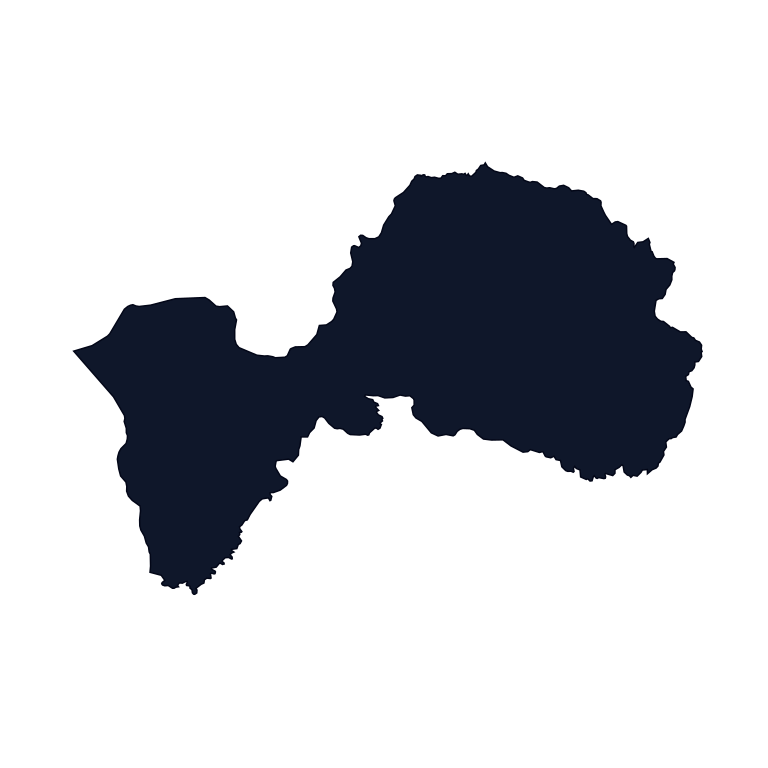 outline of Same, Manufahi, East Timor, rotated 97°
{"feature_id": "22284137B41872156490215", "entity_name": "Same", "entity_type": "district", "adm_level": 2, "iso_a3": "TLS", "parent_name": "East Timor", "parent_adm1": "Manufahi", "projection": "mercator", "projection_center": [125.715, -9.045], "detail": "fine", "context": "isolated", "style": "filled", "palette": "ink", "viewbox_px": 768, "rotation_deg": 97, "n_neighbors": 0, "source": "geoboundaries", "source_scale": "gbopen_adm2", "svg_char_len": 6131}
<svg xmlns="http://www.w3.org/2000/svg" viewBox="0 0 768 768"><g transform="rotate(97 384 384)"><path d="M425.8,307.4L422.1,305.6L419.7,303.1L418.5,300.4L417.9,293.4L418.9,288.7L422.7,285.2L426.5,278.6L426.5,270.3L424.9,259.1L430.0,250.4L434.7,237.7L433.6,233.0L431.3,230.8L433.0,221.4L431.9,218.6L432.2,217.7L435.8,215.3L436.5,214.2L436.9,209.5L435.0,206.5L438.1,204.0L438.4,199.5L444.5,197.4L447.8,193.1L448.3,191.1L447.8,187.7L448.5,185.4L447.7,184.7L444.6,185.7L442.5,184.6L444.4,182.9L445.4,179.0L452.3,177.5L454.1,171.6L453.4,170.6L453.6,169.7L455.2,167.7L454.7,165.7L450.7,165.0L449.4,164.2L451.5,162.0L451.7,160.9L450.7,159.4L451.1,154.2L450.6,152.9L449.2,152.7L446.7,153.7L445.8,153.3L447.0,145.8L444.5,143.9L440.9,144.3L438.2,140.6L435.3,138.2L435.8,136.8L442.1,134.9L444.7,131.4L445.1,129.2L446.6,127.6L444.3,125.7L444.6,121.5L440.3,118.1L437.9,117.1L436.8,112.2L441.0,111.6L436.4,107.4L434.3,103.7L432.1,102.1L429.1,102.0L427.9,100.6L420.3,97.5L416.9,98.4L412.2,96.0L407.5,97.2L406.6,96.8L403.5,94.3L403.2,92.3L402.0,91.0L401.0,87.6L398.4,86.5L394.4,82.9L389.0,81.3L385.2,80.5L382.5,80.9L369.1,77.8L358.9,76.6L351.2,76.6L349.6,79.0L344.3,82.2L343.8,84.5L339.7,85.5L337.5,83.0L334.7,82.8L333.3,80.1L330.1,78.2L327.2,77.8L324.3,78.2L323.3,74.6L318.0,72.0L313.8,73.1L313.1,72.2L310.7,73.4L306.8,73.5L303.9,76.0L302.7,80.2L300.5,82.1L300.2,84.2L295.4,90.6L296.2,96.2L292.6,104.6L293.3,106.7L292.0,107.5L287.9,114.2L288.0,116.9L286.2,120.5L283.6,123.2L278.8,124.6L267.9,124.2L265.9,121.6L265.2,118.2L260.8,115.9L255.8,115.6L250.9,112.4L245.5,111.0L241.8,111.5L238.2,111.1L236.3,109.5L234.9,109.2L232.8,109.3L229.8,111.5L227.9,111.0L225.0,118.3L226.5,128.4L226.2,129.8L224.2,131.7L220.0,134.0L219.8,135.1L213.0,137.7L211.1,137.3L207.3,139.4L211.3,144.2L212.6,149.4L218.0,152.2L217.4,152.8L214.1,153.0L212.5,153.8L211.2,157.0L207.9,160.3L205.1,161.4L197.8,162.5L197.0,163.3L194.3,171.7L195.0,174.3L197.8,177.6L189.6,184.8L186.3,187.0L180.7,190.4L177.1,190.7L175.8,191.4L174.1,195.2L174.5,199.2L171.4,204.4L171.1,206.0L169.5,206.9L168.3,209.2L168.0,214.8L169.5,221.4L166.7,224.6L164.9,229.9L166.2,234.1L168.9,236.7L169.5,238.8L169.0,243.5L169.7,246.3L169.5,248.8L164.9,256.6L165.0,261.4L166.0,263.3L165.9,264.8L164.8,269.7L162.6,271.6L161.1,276.6L163.0,280.2L161.6,285.5L160.0,288.5L159.7,292.4L160.1,294.5L159.2,300.6L155.7,307.7L152.2,310.4L154.3,311.3L155.3,314.6L159.2,316.6L160.8,318.3L162.7,318.6L167.2,322.4L167.1,324.5L165.1,326.0L166.3,326.6L167.0,327.7L165.1,329.2L166.2,330.6L165.9,332.3L166.8,336.3L165.2,339.5L166.9,342.3L167.6,346.8L169.8,348.3L170.1,351.1L172.8,352.6L173.2,354.9L172.6,359.0L173.4,362.2L172.7,365.6L173.3,367.2L173.0,368.3L171.5,369.1L171.6,370.7L173.5,372.4L173.1,373.1L172.4,373.0L172.4,376.4L174.3,378.5L176.8,379.1L179.4,381.2L183.6,382.5L191.5,388.0L197.7,395.4L199.2,396.3L200.9,396.5L205.7,394.5L214.3,397.3L217.4,399.6L226.3,403.7L234.2,405.0L238.6,407.1L240.9,410.8L241.6,416.7L241.0,419.6L239.1,423.2L239.2,425.3L240.9,426.9L247.0,423.5L249.7,423.9L251.6,425.7L250.3,430.0L250.5,431.1L252.1,432.8L258.0,433.0L266.4,429.9L271.0,430.1L273.4,431.8L275.5,435.6L283.0,440.6L289.3,446.8L292.3,446.7L295.1,444.8L298.6,443.7L304.9,445.1L307.9,444.9L315.2,440.3L318.2,439.4L325.9,441.8L328.4,443.6L332.4,448.4L333.8,455.3L343.1,456.7L354.4,464.3L356.6,467.0L358.0,476.6L360.2,480.6L360.9,481.3L367.7,483.4L369.5,485.6L371.2,495.1L370.5,497.6L370.2,502.7L370.8,506.2L370.9,513.7L365.6,532.3L362.6,535.5L357.9,537.6L348.2,538.8L338.3,538.2L336.7,539.5L330.7,542.0L325.6,548.9L327.3,556.6L327.2,560.2L321.9,567.8L320.0,572.2L324.8,601.5L334.2,625.3L336.9,636.5L336.8,639.7L335.9,642.9L336.7,645.2L338.3,647.8L341.4,650.8L367.6,662.3L370.2,664.3L381.5,678.4L389.2,696.0L429.7,650.9L446.9,637.8L449.7,637.0L452.9,637.3L459.3,634.4L463.8,633.8L466.5,632.3L469.9,632.1L474.4,632.7L480.2,637.2L483.9,638.7L487.7,639.3L491.1,639.5L500.6,636.9L507.4,634.2L512.8,628.2L517.0,626.8L521.7,626.4L526.4,624.0L530.2,619.7L534.9,611.2L539.6,610.2L548.6,610.0L554.6,609.1L558.6,607.5L564.2,603.3L570.8,600.6L574.3,597.9L579.3,596.6L581.4,595.2L593.2,593.5L599.4,593.3L601.0,581.8L605.6,577.6L608.1,580.0L609.4,580.3L610.5,579.3L611.0,577.0L610.3,573.6L612.5,569.1L612.3,567.5L611.0,565.7L610.3,563.2L608.8,564.4L606.4,562.9L606.2,559.7L604.5,557.3L604.0,555.3L604.9,555.0L607.0,555.8L608.0,555.4L608.1,552.4L609.0,551.7L610.1,551.8L611.7,549.5L614.6,548.7L615.8,547.4L615.8,546.2L614.2,544.4L611.3,544.5L609.8,545.8L605.1,541.1L603.5,538.5L600.2,538.4L598.3,536.2L598.2,532.5L597.7,532.0L593.6,533.1L592.7,532.5L593.2,529.5L592.8,528.6L591.0,528.4L590.3,528.9L588.8,532.8L587.7,532.8L586.2,528.2L582.2,525.7L581.8,524.6L582.8,522.3L582.1,520.7L581.0,521.1L579.9,523.0L578.9,523.0L575.8,520.5L575.1,517.1L576.3,514.0L576.0,513.3L574.2,513.7L572.2,516.0L570.4,514.7L569.1,512.5L567.9,514.9L566.7,515.2L565.3,510.0L561.1,509.1L559.9,507.4L557.1,506.3L552.9,510.0L551.1,508.8L549.0,509.3L548.4,507.4L547.8,507.1L545.4,509.4L543.3,510.0L541.3,507.9L536.6,505.6L535.5,503.1L529.8,501.0L515.7,493.5L512.8,490.8L511.5,486.3L511.3,484.7L513.7,483.0L513.2,482.2L509.2,481.7L507.8,483.4L506.2,484.0L505.5,482.8L505.3,480.7L502.0,474.1L496.5,468.4L494.5,467.7L492.1,467.9L490.7,469.2L487.9,475.7L480.9,481.1L478.9,482.0L473.8,481.7L473.1,481.0L470.2,469.5L472.3,464.9L465.1,460.3L459.5,460.7L455.6,459.9L446.6,459.8L445.8,453.4L441.3,451.9L436.2,448.0L428.6,446.9L424.6,444.5L423.8,441.5L424.9,438.8L429.8,434.0L433.9,427.7L434.1,425.0L433.4,422.3L433.8,419.0L437.3,414.1L438.3,411.4L437.6,402.0L436.1,396.2L436.8,393.9L436.3,392.9L434.2,392.4L428.9,387.8L428.7,386.2L429.7,384.4L428.3,382.6L424.5,381.7L424.4,382.5L423.0,383.0L420.8,381.0L419.2,381.8L418.2,381.0L416.6,382.0L415.3,385.9L413.0,388.0L412.1,387.9L410.9,386.0L407.9,389.6L407.0,389.5L406.1,386.9L404.3,388.0L403.2,391.9L400.9,393.3L400.5,397.8L398.7,401.7L397.1,401.2L396.9,393.1L396.2,388.5L397.7,381.5L396.3,373.4L393.0,366.7L393.4,361.3L392.5,356.9L395.0,352.9L396.5,352.1L401.3,351.5L404.1,353.5L410.9,351.2L413.8,348.2L416.5,341.9L426.7,331.1L429.0,324.0L426.5,316.3L427.0,309.0L425.8,307.4Z" fill="#0f172a" stroke="#020617" stroke-width="1.5"/></g></svg>